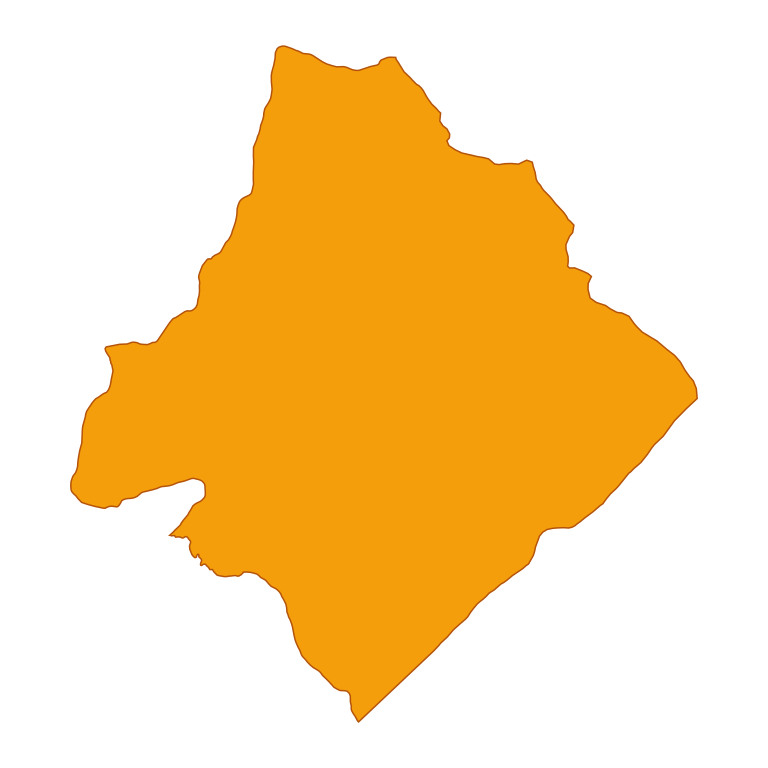 Long, Louang Namtha, Laos
{"feature_id": "54806243B81400796532262", "entity_name": "Long", "entity_type": "district", "adm_level": 2, "iso_a3": "LAO", "parent_name": "Laos", "parent_adm1": "Louang Namtha", "projection": "mercator", "projection_center": [100.748, 20.99], "detail": "fine", "context": "isolated", "style": "filled", "palette": "amber", "viewbox_px": 768, "rotation_deg": 0, "n_neighbors": 0, "source": "geoboundaries", "source_scale": "gbopen_adm2", "svg_char_len": 6047}
<svg xmlns="http://www.w3.org/2000/svg" viewBox="0 0 768 768"><path d="M395.7,57.4L390.2,57.2L387.4,57.5L381.2,60.0L380.3,61.0L379.5,62.1L379.0,63.8L377.3,65.0L370.6,66.5L358.8,70.4L355.9,70.4L352.5,69.8L347.0,67.5L345.1,66.9L342.9,66.6L339.2,66.8L336.4,66.8L331.9,65.6L326.8,64.0L322.4,61.8L313.7,56.1L311.6,54.9L309.4,54.1L303.1,53.5L298.4,51.1L295.7,50.3L292.3,48.7L285.4,46.3L284.0,46.1L281.8,46.2L278.7,47.3L277.1,48.8L275.4,52.7L275.1,58.2L273.8,65.0L271.8,72.3L271.3,75.6L271.4,81.8L272.1,89.3L271.4,94.6L270.6,98.6L268.5,102.8L265.5,107.4L264.7,109.1L263.8,113.2L263.6,116.3L262.8,119.7L260.7,125.4L260.1,129.0L258.9,133.6L257.5,136.6L256.8,139.5L253.5,147.4L253.4,156.5L253.7,162.0L253.3,172.2L253.3,179.1L253.5,184.2L252.0,191.2L251.1,193.6L249.3,195.1L243.8,197.7L241.4,199.4L239.7,201.4L238.5,204.1L237.2,208.4L236.9,214.5L236.3,218.1L235.4,222.2L234.0,226.5L232.4,231.0L231.7,233.5L230.6,236.2L228.4,240.0L225.8,242.5L220.8,251.7L219.6,252.9L217.7,254.0L214.8,255.3L212.4,257.1L211.4,258.7L210.7,258.9L208.5,258.9L207.8,259.1L207.0,259.7L202.4,265.6L199.5,273.2L198.7,276.2L198.7,278.0L199.2,279.5L199.7,282.4L199.4,286.0L199.5,290.8L199.2,294.8L197.9,299.8L197.3,304.3L196.0,307.2L194.2,309.0L192.2,310.4L189.4,311.1L188.0,310.8L186.5,311.0L184.7,311.7L175.7,317.6L174.0,318.2L172.7,319.0L169.7,322.6L157.2,341.0L155.3,342.3L152.5,342.5L150.2,343.6L147.5,344.6L143.0,344.4L140.0,344.0L137.1,342.7L134.2,342.2L132.0,342.3L127.1,344.0L119.6,344.3L106.3,346.9L105.8,347.4L105.1,348.7L105.7,351.1L107.1,353.6L109.8,357.6L110.1,360.2L110.7,361.4L110.7,362.8L111.8,364.9L113.0,370.6L112.5,373.6L111.4,378.8L110.4,384.7L109.5,387.5L108.5,389.8L106.6,392.3L103.8,393.5L102.0,394.6L99.2,396.7L95.9,398.7L94.1,400.5L92.3,402.7L88.6,408.2L86.7,411.2L85.7,414.2L85.3,417.0L82.8,426.0L82.4,428.9L81.8,443.0L79.7,450.7L78.4,457.9L77.8,462.9L77.6,466.4L76.8,469.6L75.8,472.2L74.9,473.7L74.0,474.7L72.7,476.7L71.1,481.5L70.9,483.4L70.8,486.2L71.1,489.9L71.8,491.6L73.7,493.9L75.6,495.5L77.9,498.5L81.6,502.4L87.0,504.2L91.5,505.5L95.8,506.6L103.5,508.2L105.4,508.2L106.4,507.5L108.7,506.6L110.8,506.2L112.6,506.3L116.5,506.8L117.6,506.7L119.1,505.3L120.6,503.0L121.8,500.6L124.2,499.3L127.2,498.6L131.4,498.3L134.2,497.7L137.1,496.4L141.4,492.8L142.9,492.1L152.4,489.8L157.2,488.4L158.6,487.7L161.2,486.7L169.0,485.8L172.8,484.7L177.8,482.6L184.2,481.1L191.0,478.7L193.4,478.3L198.8,479.6L201.5,480.7L202.4,481.4L204.3,483.6L204.9,485.5L205.3,491.7L205.3,495.0L204.9,496.3L204.4,497.5L201.7,500.4L200.1,501.5L196.7,503.1L194.5,504.5L192.9,505.9L190.7,509.9L189.0,512.5L187.8,514.9L183.2,520.4L181.4,522.9L180.5,524.6L179.6,525.8L175.1,530.0L173.2,532.1L169.7,535.3L170.3,535.4L171.5,535.8L172.4,535.8L174.2,535.5L174.6,535.7L175.3,536.9L175.8,537.2L177.6,536.9L179.7,537.0L180.3,537.1L181.6,537.7L182.8,538.0L183.4,537.8L185.2,536.7L186.1,536.6L186.9,536.9L187.6,537.5L189.3,539.8L190.4,541.0L190.6,541.9L190.5,543.0L189.5,545.8L189.8,549.2L191.8,554.4L192.8,555.6L193.0,556.1L193.6,556.5L194.1,557.1L194.6,557.5L195.5,557.6L196.1,557.4L196.5,556.7L197.0,555.0L197.7,554.4L198.2,554.3L198.6,554.5L198.8,554.8L198.8,556.4L198.9,556.9L201.0,558.9L201.4,559.6L201.6,560.3L201.4,561.4L201.0,562.2L200.5,564.0L200.5,564.7L200.8,565.3L201.4,565.5L201.9,565.3L203.6,564.2L204.2,564.1L205.0,564.2L205.5,564.4L207.0,566.1L208.0,566.9L209.3,568.6L209.7,569.5L211.1,569.7L212.3,569.4L212.7,569.8L213.4,571.2L214.2,572.2L216.0,574.0L216.6,574.8L218.6,575.6L224.2,576.6L225.5,576.6L227.4,576.5L228.3,576.2L231.1,576.0L234.0,575.6L235.7,575.6L237.4,576.1L238.3,576.1L239.2,575.9L240.2,575.2L240.9,574.9L242.8,573.1L243.2,572.6L243.2,572.2L246.1,572.0L250.2,572.3L253.7,573.1L257.0,574.1L259.0,575.7L260.6,577.4L265.6,580.2L269.1,584.3L271.2,586.4L275.7,588.6L277.5,590.0L279.5,592.0L280.9,594.2L281.8,596.5L284.1,600.4L285.9,604.2L286.6,607.6L287.0,612.3L288.0,614.7L288.7,617.1L290.2,620.0L291.8,624.3L292.6,627.5L294.1,635.5L295.2,640.1L296.1,642.6L298.2,647.4L299.8,650.3L301.3,654.4L302.5,656.5L305.3,659.4L307.7,662.4L310.4,665.2L313.5,667.7L316.1,669.2L318.8,670.9L320.4,672.4L322.8,675.7L325.2,677.9L329.1,681.8L334.0,687.3L337.2,689.1L340.0,690.5L344.3,690.7L347.0,691.1L349.2,693.3L350.3,695.9L350.4,701.9L351.3,706.0L351.2,708.8L351.7,710.8L353.1,713.3L355.6,717.1L357.5,720.8L358.6,721.9L433.8,650.8L438.7,645.6L440.7,643.1L447.4,636.9L453.4,629.8L460.3,623.6L465.0,619.6L467.7,616.8L470.5,612.4L473.5,608.4L477.2,604.0L479.9,601.6L482.8,599.4L486.4,596.1L489.0,593.2L494.2,589.9L500.8,584.1L503.9,582.4L507.3,579.9L512.4,575.6L522.5,568.8L526.4,565.4L528.5,564.0L533.3,555.5L534.6,551.4L535.5,547.0L539.5,536.1L542.7,532.2L547.3,529.4L552.9,528.3L557.5,527.9L563.5,527.7L568.7,528.0L572.1,527.2L574.9,525.7L578.4,522.9L580.3,521.6L584.6,518.0L592.3,512.3L595.3,509.8L600.1,505.6L602.9,503.7L606.1,499.2L610.5,493.8L615.4,489.3L618.2,486.4L628.9,473.1L630.7,471.8L633.9,468.5L641.0,462.4L647.3,454.5L652.0,447.6L654.5,444.5L663.4,436.0L674.5,420.7L686.6,408.4L697.2,398.5L696.3,388.5L693.3,380.9L689.4,376.4L685.0,370.2L680.3,361.9L674.6,355.4L667.1,349.6L657.1,341.1L642.2,332.1L637.3,327.2L634.8,324.4L633.1,322.2L629.0,316.3L621.9,313.0L617.0,312.4L610.2,308.8L605.6,305.5L596.2,302.4L590.1,298.0L588.0,289.4L588.2,283.4L591.4,276.5L588.0,273.6L582.7,271.1L574.7,267.9L569.5,268.0L567.6,266.2L568.2,262.0L568.1,256.7L566.1,249.6L565.9,244.7L569.5,236.4L572.7,232.5L573.9,225.1L570.0,221.0L568.1,219.5L566.4,216.2L564.1,213.0L562.4,211.0L555.5,203.7L551.7,198.8L549.8,196.6L545.6,192.3L544.2,191.0L542.1,188.3L540.4,185.3L537.7,182.3L536.2,179.2L535.2,172.7L533.2,166.3L532.3,162.2L526.8,160.2L523.2,161.8L518.5,164.1L511.1,163.5L504.9,163.7L499.0,164.6L494.6,164.0L488.6,158.9L483.7,157.6L477.5,156.6L461.9,153.0L455.2,149.8L448.9,145.6L446.9,140.8L449.4,137.8L449.7,134.1L447.0,129.0L442.8,125.7L439.8,121.0L440.6,113.0L438.6,111.2L436.0,108.1L431.9,104.3L428.4,99.5L426.4,96.4L423.2,90.5L421.2,87.9L418.7,85.5L416.7,84.5L412.6,80.4L410.6,78.1L404.0,71.8L398.5,62.8L396.2,59.5L395.7,57.4Z" fill="#f59e0b" stroke="#b45309" stroke-width="1.5"/></svg>